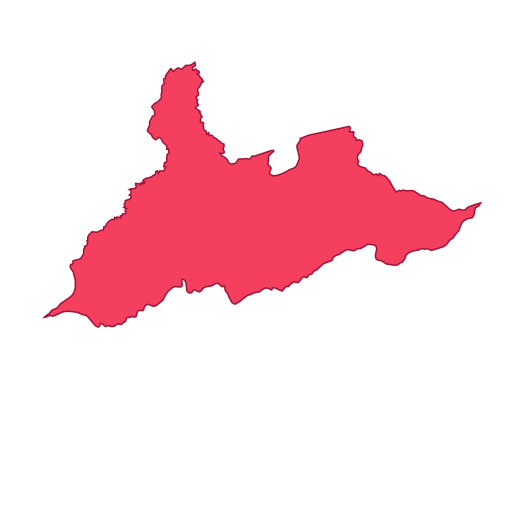 map outline of Haut-Mbomou (Albers equal-area conic projection), rotated 120°
{"feature_id": "CAF-867", "entity_name": "Haut-Mbomou", "entity_type": "Prefecture", "adm_level": 1, "iso_a3": "CAF", "parent_name": "Central African Republic", "parent_adm1": "", "projection": "albers", "projection_center": [25.352, 6.594], "detail": "fine", "context": "isolated", "style": "filled", "palette": "rose", "viewbox_px": 512, "rotation_deg": 120, "n_neighbors": 0, "source": "natural_earth", "source_scale": "10m", "svg_char_len": 6145}
<svg xmlns="http://www.w3.org/2000/svg" viewBox="0 0 512 512"><g transform="rotate(120 256 256)"><path d="M97.7,87.9L101.6,88.2L104.5,90.2L110.9,88.0L114.4,87.6L116.7,89.9L117.7,91.4L122.5,94.1L125.6,94.2L132.6,93.1L138.2,94.1L142.1,94.4L145.3,96.1L151.0,96.8L154.2,98.3L162.7,106.2L163.7,107.8L163.9,111.3L166.0,113.5L166.2,115.3L167.4,116.7L169.0,117.7L173.8,123.1L176.8,125.3L179.8,126.5L184.2,125.7L188.1,126.1L189.9,127.7L192.5,128.6L193.7,129.8L194.7,131.4L197.7,138.9L197.4,144.7L198.7,149.1L198.2,150.9L196.0,152.8L189.4,155.1L187.3,157.1L187.7,160.0L189.8,165.0L195.7,168.1L197.7,169.7L199.2,172.0L202.3,173.4L203.1,174.9L204.3,179.2L205.4,180.7L206.7,181.6L212.3,184.4L216.2,187.4L218.8,188.6L220.7,187.9L222.3,188.2L228.3,193.3L229.8,194.1L237.8,196.5L240.3,198.4L243.0,198.6L244.0,199.0L245.6,200.6L249.1,201.0L249.7,201.8L249.7,203.2L250.6,204.8L252.1,205.3L256.6,205.7L258.2,206.5L259.4,210.1L262.5,211.9L266.5,212.8L267.4,214.9L273.1,215.6L273.7,217.9L274.0,223.1L275.0,225.4L275.5,225.7L277.4,225.4L277.8,225.8L277.6,227.6L278.2,230.0L278.5,231.1L279.6,232.3L281.8,233.7L285.2,234.9L288.3,238.8L292.4,241.6L294.0,243.4L297.5,245.1L303.4,247.3L308.2,250.0L308.4,253.4L306.0,257.5L302.9,261.7L300.9,265.8L298.2,267.7L297.5,268.9L299.4,269.5L299.5,271.0L298.7,274.7L299.4,276.8L304.0,279.5L308.0,284.3L309.9,285.5L314.1,286.3L315.7,287.5L316.0,292.5L317.0,293.1L320.0,293.4L321.4,295.0L321.4,296.9L320.5,298.8L315.0,302.6L313.4,304.3L312.6,306.2L313.0,308.4L314.6,307.9L318.6,305.1L320.4,305.6L323.3,311.3L324.9,312.5L330.7,314.5L333.9,314.9L341.0,314.6L348.1,317.4L349.9,318.5L351.0,319.8L351.6,324.3L352.4,326.1L354.7,327.2L357.0,327.0L358.7,326.4L359.9,326.6L360.9,328.9L362.1,330.6L364.2,330.7L368.6,329.6L369.7,330.8L370.8,333.6L372.7,335.0L373.4,336.6L374.1,337.1L377.8,336.4L382.9,338.7L384.1,342.1L387.5,343.5L388.7,344.8L389.6,346.4L390.2,349.4L392.4,351.0L391.6,355.4L392.3,357.0L395.3,356.3L396.3,357.0L396.7,357.8L396.6,360.6L392.6,371.5L392.4,373.1L393.4,376.9L394.4,383.4L397.1,389.7L398.8,392.6L400.8,395.2L409.3,401.3L410.9,405.2L413.9,407.3L414.9,408.6L411.3,407.4L409.9,406.5L405.0,405.7L400.9,402.5L394.7,401.3L386.4,397.2L382.3,395.7L378.1,395.5L373.4,396.8L366.9,400.7L361.1,406.4L359.1,410.6L357.4,412.2L355.7,412.0L354.7,410.8L354.0,410.6L352.3,411.9L351.6,412.0L346.8,407.1L344.7,406.5L339.9,406.5L336.5,408.6L334.3,408.2L333.7,409.3L333.1,409.3L332.3,408.1L330.6,407.9L328.7,408.5L327.5,410.0L326.9,409.3L326.1,410.0L323.6,411.2L321.0,411.3L317.0,410.1L314.9,405.6L310.7,402.6L309.8,401.1L307.0,402.4L306.0,401.2L302.4,401.4L299.9,400.9L297.9,400.1L296.1,398.8L295.4,397.0L293.3,397.7L293.3,395.6L292.0,396.1L291.4,395.2L290.5,392.2L289.1,393.5L287.8,392.2L286.4,392.8L285.1,390.8L283.7,390.1L282.6,391.9L281.9,392.2L279.5,391.6L280.2,394.9L278.4,394.4L277.7,394.8L277.5,395.9L274.4,396.2L273.4,397.0L270.4,394.1L267.9,393.3L267.0,393.6L266.5,394.6L266.6,396.3L265.0,395.6L263.3,395.9L261.9,397.0L261.8,399.1L260.0,397.5L257.9,394.3L255.6,394.3L254.3,396.1L253.3,396.6L251.8,393.0L252.2,391.6L250.2,392.2L249.9,389.8L248.5,389.1L247.6,389.5L248.8,390.2L247.9,391.5L246.5,391.6L244.0,390.2L239.8,386.1L237.6,385.4L236.3,384.3L234.5,384.2L233.0,385.0L231.6,384.0L231.6,383.4L233.0,381.9L230.7,382.0L229.9,381.1L228.8,378.5L224.0,378.8L224.8,380.6L221.1,381.8L220.2,381.6L218.9,380.3L214.2,383.2L212.0,383.7L210.3,382.6L209.2,383.9L207.8,384.4L207.1,385.0L208.3,386.7L206.3,387.4L205.0,388.9L204.2,393.2L201.5,397.6L202.1,399.8L204.8,400.5L205.5,401.2L205.6,401.9L204.9,405.0L203.2,407.3L202.4,411.9L201.5,412.9L195.5,413.7L193.4,415.2L187.0,415.6L184.7,414.4L183.6,414.3L182.1,416.0L180.8,416.7L179.2,420.7L178.3,421.0L174.7,420.0L171.3,418.1L166.5,417.0L163.4,419.0L161.1,419.5L157.5,421.7L155.5,422.5L152.6,421.7L149.6,424.2L148.5,424.3L147.3,423.2L145.6,424.3L143.7,424.4L137.1,423.7L136.1,423.2L137.7,420.4L136.3,419.4L133.4,418.4L132.2,417.6L131.7,416.4L131.7,414.4L130.8,413.5L126.0,412.2L124.0,408.7L122.0,407.3L118.8,405.8L121.3,403.6L124.4,405.3L126.4,404.2L126.7,403.1L124.5,402.2L124.3,401.7L124.3,401.0L125.1,399.8L124.5,398.5L124.6,397.8L125.1,396.9L126.0,396.7L127.7,398.2L128.1,395.0L129.3,393.5L129.6,391.3L130.6,390.5L131.2,388.7L132.9,389.7L137.2,389.5L140.3,390.0L142.1,389.2L144.1,386.9L145.7,386.3L148.2,387.4L149.0,387.3L149.7,384.9L152.3,384.0L154.0,381.5L154.8,381.4L155.8,382.2L157.8,382.7L158.6,379.7L158.5,377.1L158.7,376.8L159.8,377.3L160.2,375.1L161.9,374.4L162.1,372.5L162.8,372.2L164.6,372.9L165.7,372.0L167.9,371.2L168.0,370.6L166.9,369.2L167.0,368.0L167.7,367.5L169.5,367.3L170.4,365.9L171.8,365.3L172.6,364.1L172.9,361.5L175.3,359.6L172.8,358.6L175.1,356.7L173.9,355.6L173.5,353.8L174.5,352.1L174.1,349.2L174.8,347.1L174.8,344.5L175.5,342.4L175.2,339.6L177.3,338.4L180.0,337.9L181.6,335.5L182.5,335.2L183.3,335.6L185.1,338.6L186.2,335.1L186.2,331.5L187.1,328.9L188.8,326.2L189.1,324.8L188.5,323.2L186.5,320.6L184.8,319.8L181.6,319.8L180.6,319.4L178.2,315.3L176.6,313.5L175.7,310.5L174.1,309.7L171.5,309.4L169.9,306.9L157.1,295.6L155.8,293.8L156.4,293.0L159.8,294.2L163.3,294.9L164.7,294.6L166.8,293.1L170.5,291.7L172.0,287.3L172.9,286.6L177.1,286.0L177.9,285.2L178.2,283.8L177.8,280.8L175.7,278.1L171.1,274.2L167.6,271.8L165.1,270.6L160.8,267.1L159.5,266.4L157.6,266.1L150.4,267.0L148.2,268.4L142.1,274.3L140.3,275.6L138.8,275.9L134.4,275.5L132.0,276.4L125.1,270.8L97.1,240.0L98.0,238.0L101.3,237.6L101.7,237.2L99.8,234.2L99.7,233.3L100.5,232.7L102.2,232.3L103.8,230.9L104.1,228.1L105.7,227.1L105.6,226.4L104.0,225.3L103.2,222.0L105.6,219.5L107.2,218.6L108.9,218.8L112.3,217.6L114.5,217.6L116.4,218.2L118.1,218.1L120.4,217.4L122.9,214.2L125.0,214.5L125.4,214.1L126.4,212.0L126.5,210.5L125.2,205.5L126.4,202.0L126.3,198.8L127.0,194.7L124.8,192.9L125.1,190.5L124.4,190.1L123.0,190.5L122.7,190.3L123.0,187.1L122.2,184.4L122.9,181.3L124.5,177.4L127.5,172.6L130.5,166.6L127.4,164.7L127.1,162.7L125.4,161.6L124.1,157.7L121.8,154.6L120.8,151.6L121.2,143.3L119.9,140.7L119.9,135.9L118.1,131.0L117.3,124.6L116.5,121.6L118.7,111.5L118.5,107.4L113.9,103.5L113.1,100.3L111.9,98.2L108.4,97.1L106.8,96.1L101.4,91.6L97.7,87.9Z" fill="#f43f5e" stroke="#9f1239" stroke-width="1.5"/></g></svg>